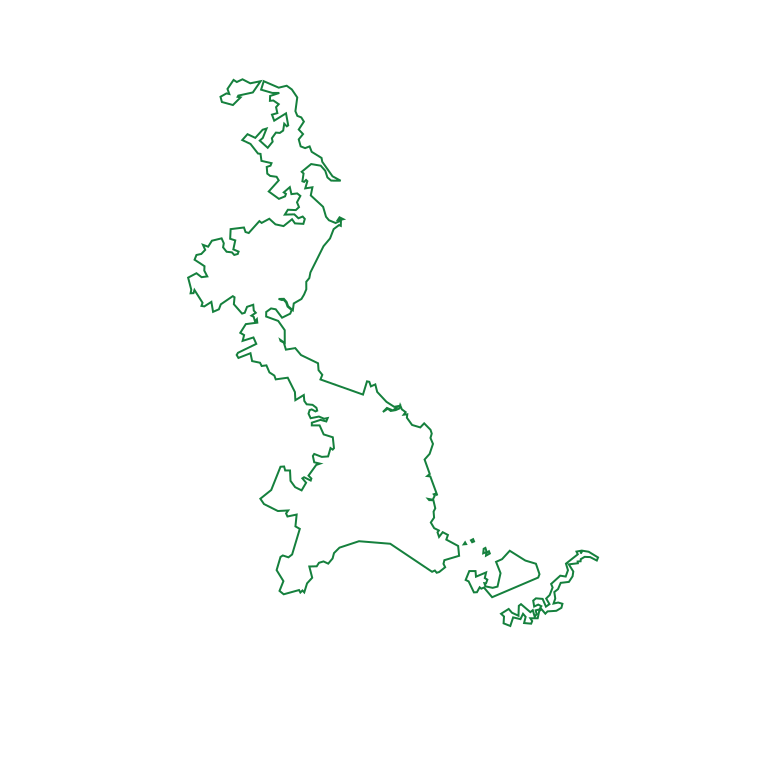 the district of Chiriquí Grande, Bocas del Toro, Panama, rotated 24°
{"feature_id": "35544464B7059792376072", "entity_name": "Chiriquí Grande", "entity_type": "district", "adm_level": 2, "iso_a3": "PAN", "parent_name": "Panama", "parent_adm1": "Bocas del Toro", "projection": "albers", "projection_center": [-82.202, 9.003], "detail": "fine", "context": "isolated", "style": "outline", "palette": "green", "viewbox_px": 768, "rotation_deg": 24, "n_neighbors": 0, "source": "geoboundaries", "source_scale": "gbopen_adm2", "svg_char_len": 6172}
<svg xmlns="http://www.w3.org/2000/svg" viewBox="0 0 768 768"><g transform="rotate(24 384 384)"><path d="M151.0,156.3L152.0,165.1L163.7,163.5L170.0,160.7L162.8,167.2L164.6,171.7L167.6,170.0L174.0,171.2L172.8,175.0L176.4,179.9L172.1,183.5L176.6,188.1L184.4,176.6L191.3,186.7L190.4,188.1L187.0,186.8L188.8,193.5L186.7,197.0L183.0,198.3L181.6,205.1L183.7,207.9L181.7,215.5L171.5,212.2L173.2,208.5L172.8,198.4L169.7,201.1L166.3,211.5L157.7,211.3L155.3,218.8L164.4,219.0L175.1,224.7L177.6,224.0L181.3,230.0L191.4,228.0L191.5,230.7L188.6,233.4L191.8,239.3L195.4,240.2L201.6,238.4L205.0,240.8L200.4,255.0L212.7,257.6L217.3,252.8L217.1,250.2L214.5,249.7L217.9,242.5L222.2,248.2L227.2,245.2L231.1,246.2L230.6,253.4L234.4,257.0L232.7,261.0L225.3,263.9L224.5,269.6L233.1,265.5L238.4,267.4L241.6,264.1L244.5,265.4L245.2,270.5L237.3,273.5L233.0,270.9L228.0,280.6L219.9,282.3L212.0,279.7L206.7,286.6L203.9,285.9L199.0,301.1L195.7,301.5L192.4,298.0L180.9,304.9L184.4,313.9L189.7,313.3L191.6,322.3L197.3,322.2L197.5,324.7L194.7,327.0L191.5,325.6L186.4,327.2L181.4,324.6L180.4,320.6L176.4,317.0L168.5,323.1L167.5,330.1L162.0,330.5L166.1,334.2L164.2,339.5L160.2,342.4L160.4,347.5L172.1,349.4L173.7,353.5L178.8,357.6L173.9,360.6L167.6,359.1L161.8,366.5L169.6,376.3L170.4,379.8L173.0,378.5L172.6,375.2L185.2,383.6L185.5,386.9L188.3,386.2L192.9,379.2L198.5,387.6L202.8,382.9L202.5,377.6L210.1,365.3L212.2,365.6L214.4,372.2L225.7,377.4L227.8,375.6L227.5,369.2L232.3,364.8L235.2,369.9L237.9,371.1L235.1,375.5L237.6,375.6L240.7,379.3L241.5,376.5L243.3,379.5L233.4,385.5L231.9,395.7L236.3,396.2L237.3,402.1L245.8,394.6L251.0,399.3L237.9,414.9L237.6,417.4L240.4,419.4L249.5,410.2L254.2,416.7L262.1,415.0L264.9,417.3L269.0,414.8L274.6,420.0L280.4,420.9L283.2,423.8L293.5,417.4L305.9,427.6L309.6,434.8L315.2,426.7L318.1,431.9L321.6,434.0L327.2,432.1L331.9,433.2L333.8,435.5L332.6,436.9L328.3,436.6L326.7,438.1L327.1,441.8L330.9,445.1L337.8,440.2L343.4,440.1L346.4,438.0L346.5,441.7L340.6,442.6L333.8,448.7L334.9,451.2L342.0,448.0L349.4,454.6L358.9,453.5L364.4,463.0L363.8,464.8L361.2,464.3L362.4,472.9L356.8,475.9L348.7,476.3L348.3,478.7L352.1,483.9L357.9,482.8L355.0,485.5L352.3,498.4L356.1,499.9L356.3,502.0L348.9,501.7L347.8,503.4L353.0,505.9L352.0,514.7L344.8,514.4L338.0,510.5L333.3,501.2L328.9,503.2L326.3,500.0L323.1,501.7L324.1,526.7L317.7,539.1L323.2,542.5L338.7,543.2L347.9,538.5L347.2,542.1L349.7,544.3L357.3,538.8L361.0,550.1L366.0,550.6L369.4,577.1L367.2,581.2L361.3,581.8L359.8,584.1L361.6,597.7L372.3,605.0L372.7,615.5L377.9,616.9L390.2,606.8L392.4,608.5L393.5,605.8L395.9,606.8L394.8,597.4L397.2,590.2L390.0,581.1L396.7,577.9L397.3,573.8L400.9,570.7L406.1,570.8L408.0,564.3L407.1,558.8L409.9,551.6L425.1,537.8L454.7,527.4L504.3,536.0L506.3,533.7L508.9,535.0L510.9,533.3L514.4,526.5L511.5,524.1L510.8,520.4L522.5,510.4L517.6,501.8L504.2,500.8L503.8,495.9L497.9,495.5L496.5,501.3L493.2,497.7L493.7,495.5L488.5,495.3L483.1,491.5L484.1,485.7L481.2,480.4L481.4,476.7L476.4,470.1L472.5,471.7L471.0,471.0L475.6,469.9L475.8,465.4L474.3,464.5L475.8,463.1L478.0,464.1L463.9,449.6L461.0,450.5L462.4,447.6L451.8,436.5L454.1,429.3L453.1,418.8L448.4,414.4L447.8,409.9L445.1,406.9L436.7,403.6L434.8,408.9L426.3,410.0L418.6,405.5L417.6,402.2L414.5,404.0L415.2,400.9L410.6,399.9L407.4,396.8L407.9,400.2L405.3,403.1L401.1,405.9L397.5,405.0L394.4,410.0L396.4,404.7L403.0,404.5L406.0,398.4L402.6,400.7L393.5,399.3L381.0,394.0L376.2,387.9L373.0,391.5L369.7,388.0L367.4,388.5L369.1,402.2L324.1,405.7L323.9,400.7L318.6,398.0L315.3,391.9L296.4,391.3L288.3,387.3L280.4,392.5L275.7,387.0L272.0,386.7L271.2,385.8L275.6,386.7L277.2,388.1L271.4,375.2L261.7,369.4L248.9,370.3L247.1,366.1L250.1,360.9L254.7,359.8L263.9,364.9L269.7,357.9L269.6,354.0L264.4,352.5L261.4,349.3L257.8,347.8L256.7,348.8L253.1,349.2L257.9,346.9L261.7,348.7L264.7,351.9L270.7,353.7L268.8,347.1L274.0,339.9L274.6,334.8L274.5,329.1L271.4,322.2L272.7,317.6L271.4,312.0L272.7,282.7L275.5,273.0L275.0,263.0L278.3,257.1L280.2,257.1L277.9,251.5L279.8,250.0L275.6,249.8L275.1,252.8L276.6,251.8L277.1,253.4L274.3,256.6L267.1,256.8L263.0,254.8L256.3,246.9L240.4,241.5L238.6,233.4L232.5,237.3L231.5,229.9L229.8,229.3L228.8,231.9L227.0,232.0L224.9,224.4L222.5,223.6L228.0,212.7L237.4,210.3L243.6,213.1L248.3,218.3L253.0,219.7L261.7,215.9L252.5,215.2L237.2,206.1L235.0,202.9L223.5,201.3L219.4,197.2L216.0,200.6L211.2,200.8L206.6,195.2L208.4,188.6L202.6,186.2L204.1,176.9L200.0,174.1L195.8,174.3L192.1,170.8L188.2,157.5L180.0,152.4L173.8,151.1L167.3,156.1L151.0,156.3ZM584.9,487.8L566.7,485.2L563.1,496.0L558.7,500.9L567.4,509.4L570.1,522.9L566.2,526.0L559.0,527.6L556.7,525.1L558.3,524.6L558.0,520.7L555.0,520.3L553.9,514.6L546.4,522.6L543.7,517.7L538.0,520.2L538.3,529.8L541.6,529.9L550.9,537.8L553.6,536.4L554.1,530.8L556.1,531.4L558.1,529.3L569.5,534.8L603.6,498.1L603.4,494.5L595.9,486.4L584.9,487.8ZM650.1,455.4L639.2,454.0L633.1,455.6L632.7,458.9L631.8,456.2L628.0,458.8L630.3,460.8L623.3,474.1L627.8,479.3L628.3,486.0L623.0,487.4L618.0,498.7L620.8,501.3L621.2,509.4L619.4,514.0L624.7,517.8L622.5,521.5L616.3,515.8L610.0,518.0L608.4,521.2L611.7,526.2L614.6,522.8L618.1,523.0L617.7,526.7L614.6,529.1L617.0,532.0L616.4,535.4L611.9,530.1L610.5,532.9L598.7,529.4L597.4,531.8L601.1,541.0L593.9,540.9L589.4,538.8L584.4,546.3L588.2,547.6L590.6,554.0L597.8,553.7L596.9,544.7L604.3,543.3L604.5,537.4L608.1,539.1L609.2,545.4L615.9,543.1L615.8,540.3L613.0,538.5L619.7,535.5L618.2,528.5L619.4,525.6L624.8,528.2L625.9,525.2L633.7,521.1L637.1,516.3L636.4,512.2L632.0,512.8L628.2,515.6L627.7,510.3L624.2,504.8L626.4,500.6L626.3,493.8L633.4,489.6L634.5,483.0L633.2,478.3L626.2,473.6L634.0,468.9L633.1,467.4L635.7,466.0L635.0,464.0L637.6,460.3L642.7,458.3L650.2,458.7L650.1,455.4ZM121.2,192.3L132.5,190.6L136.4,180.5L133.5,181.2L133.6,179.8L145.6,171.0L148.1,157.6L139.5,163.7L130.8,163.2L126.7,168.0L122.9,167.4L121.0,178.1L124.7,182.0L121.9,182.6L117.8,188.1L121.2,192.3ZM543.5,498.3L546.1,495.7L543.3,492.5L542.1,494.0L543.5,498.3ZM547.0,499.3L549.6,495.8L547.9,494.1L546.2,496.8L547.0,499.3ZM528.9,492.7L530.3,491.2L528.5,489.5L527.0,491.4L528.9,492.7ZM522.1,498.0L524.1,496.9L522.5,495.7L522.1,498.0Z" fill="none" stroke="#15803d" stroke-width="2"/></g></svg>